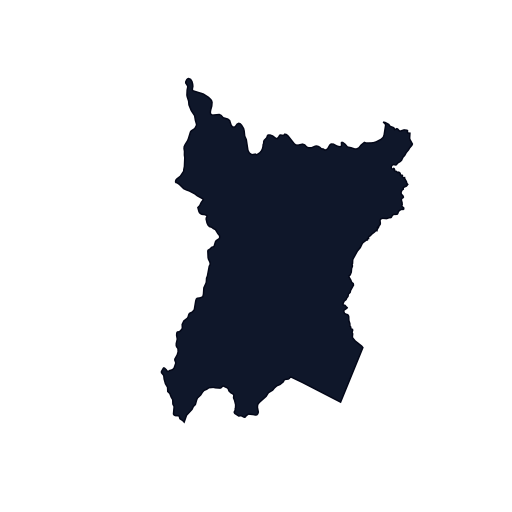 map outline of Roraima (Robinson projection), rotated 27°
{"feature_id": "BRA-670", "entity_name": "Roraima", "entity_type": "State", "adm_level": 1, "iso_a3": "BRA", "parent_name": "Brazil", "parent_adm1": "", "projection": "robinson", "projection_center": [-61.438, 1.924], "detail": "fine", "context": "isolated", "style": "filled", "palette": "ink", "viewbox_px": 512, "rotation_deg": 27, "n_neighbors": 0, "source": "natural_earth", "source_scale": "10m", "svg_char_len": 6137}
<svg xmlns="http://www.w3.org/2000/svg" viewBox="0 0 512 512"><g transform="rotate(27 256 256)"><path d="M333.5,75.4L334.2,75.6L334.6,76.8L335.3,77.5L337.4,76.7L339.4,81.3L340.1,82.2L344.5,85.2L344.6,86.7L343.8,90.0L343.7,92.1L342.9,95.6L342.8,98.9L342.1,101.3L342.2,104.7L341.5,106.5L340.1,108.7L339.6,111.0L338.7,111.7L337.3,111.8L336.0,113.3L335.9,114.3L336.1,115.3L336.6,116.1L338.0,116.7L338.7,116.5L339.0,115.4L339.5,115.5L340.3,116.2L340.6,117.1L341.1,117.3L342.7,116.9L344.5,117.4L344.9,116.6L346.0,116.5L346.9,116.9L347.8,118.2L349.8,117.7L350.0,117.9L349.9,118.5L350.3,119.0L352.0,119.3L352.8,118.7L353.4,119.6L356.2,121.4L357.4,122.8L358.7,123.3L358.3,125.4L356.7,127.4L356.2,128.4L356.9,129.6L356.2,130.9L356.2,132.9L356.8,134.3L357.6,135.0L359.6,135.7L360.6,136.6L360.5,137.4L359.9,138.3L359.8,139.5L360.3,140.4L361.9,142.1L363.0,144.0L363.0,145.4L365.8,146.1L366.3,147.1L365.9,147.8L364.6,148.3L363.7,149.3L362.7,151.6L363.0,153.8L362.9,154.5L361.9,155.3L360.0,156.3L359.4,157.0L359.0,158.4L359.0,160.0L358.7,160.6L357.2,161.5L355.4,163.4L351.5,165.0L350.3,166.5L350.3,168.0L351.9,170.3L352.3,171.7L351.3,174.9L352.1,174.6L351.9,177.2L352.3,178.6L351.2,179.0L350.7,180.8L349.3,183.7L348.6,186.1L347.7,187.4L347.7,188.1L348.4,189.3L347.5,189.8L348.0,191.1L347.0,191.9L345.2,195.6L345.0,196.9L345.1,201.2L344.1,205.6L343.8,214.4L343.9,215.5L345.4,218.8L345.2,219.9L346.0,220.4L346.6,221.5L346.8,223.6L348.2,227.1L348.5,230.1L347.9,231.5L348.4,232.5L351.2,234.3L353.3,236.1L355.1,236.4L356.1,237.7L355.9,243.6L356.4,245.8L355.6,247.8L356.3,250.3L355.9,252.1L356.0,254.0L355.0,256.2L355.1,258.3L355.3,259.4L355.7,260.0L357.8,259.6L359.6,260.4L360.7,260.6L360.7,261.2L358.9,264.6L359.0,265.0L360.1,266.3L361.0,267.0L362.5,267.0L364.2,266.7L365.2,267.0L366.2,268.0L367.5,270.4L368.3,271.6L370.2,273.5L371.6,275.9L372.7,276.3L373.4,277.7L373.9,277.8L375.3,277.6L375.9,278.4L376.2,280.4L377.5,281.5L378.5,284.1L379.1,285.0L383.0,286.7L391.0,288.3L392.8,289.1L397.7,347.8L354.8,347.6L342.6,347.9L341.5,348.5L341.2,350.0L340.6,351.0L338.2,352.6L337.4,353.5L337.4,355.8L335.7,359.6L333.7,361.9L333.2,362.9L332.3,365.2L331.7,368.0L329.1,372.2L328.7,376.5L325.4,385.0L325.0,387.2L325.1,388.0L325.9,390.1L328.9,394.0L329.2,395.7L328.8,397.2L327.6,398.0L325.9,398.4L321.0,400.3L319.8,402.7L319.5,404.4L318.8,405.0L315.2,405.0L313.3,406.4L308.6,405.9L307.7,405.3L307.4,404.6L307.5,402.8L306.8,401.6L306.6,400.4L305.4,397.8L302.5,394.4L300.4,392.6L299.4,390.0L298.2,389.4L295.7,389.3L293.2,388.5L291.6,387.0L290.5,386.5L285.7,386.7L285.4,387.0L284.7,389.2L284.0,390.0L279.8,391.8L277.6,392.4L273.8,394.8L272.6,397.1L270.7,399.4L270.1,401.6L269.8,404.9L268.3,409.1L268.4,411.0L269.4,415.9L268.5,418.5L268.6,421.7L266.4,429.4L267.4,436.6L265.5,435.9L262.1,435.5L260.6,433.9L259.8,433.4L256.7,434.8L255.4,434.9L254.5,434.5L254.1,434.0L251.4,427.3L249.2,425.7L247.0,421.8L244.5,420.2L241.6,417.6L238.9,416.8L236.8,413.1L233.3,410.9L230.0,407.3L228.3,404.7L227.6,404.1L224.8,402.9L224.2,401.8L224.4,398.1L224.7,397.5L225.6,397.5L227.6,398.1L228.9,398.8L229.9,398.9L230.3,398.7L231.0,397.3L232.5,396.0L233.5,394.6L233.9,392.9L233.2,388.1L232.6,387.1L231.0,385.7L230.5,384.7L230.7,379.8L230.1,376.7L228.5,373.9L226.5,372.9L225.6,372.0L224.7,370.2L223.6,365.8L221.2,362.6L220.4,360.6L220.4,359.6L220.8,359.1L221.7,358.6L222.4,357.7L223.2,354.8L223.0,353.5L221.3,350.5L221.2,346.6L223.1,342.6L223.2,341.3L222.7,338.5L222.8,337.3L224.7,334.8L225.4,331.9L222.7,323.4L222.4,321.5L222.8,320.4L225.3,318.6L227.1,316.5L226.5,313.9L224.0,308.0L223.8,302.8L223.5,301.6L222.0,298.2L221.8,295.9L219.0,286.4L219.0,284.3L218.6,283.5L217.5,282.2L215.1,280.4L214.0,279.1L210.8,273.4L210.7,272.6L212.0,270.4L212.5,268.5L214.3,266.7L213.4,261.5L213.6,260.3L215.3,257.3L215.4,256.7L215.0,255.4L214.1,254.3L212.0,253.4L207.9,250.9L205.6,250.9L203.4,250.5L201.2,250.9L199.2,250.2L197.3,248.7L194.8,245.7L194.4,244.4L194.5,243.2L194.2,242.7L193.6,242.3L191.8,242.3L189.2,243.3L188.1,243.5L186.1,243.1L184.8,242.1L182.2,239.2L183.0,236.7L182.9,233.1L183.4,230.3L183.3,229.6L182.3,229.2L176.3,229.0L173.3,228.4L167.1,228.3L164.1,228.7L161.0,228.8L155.3,227.0L152.5,226.6L151.4,226.9L150.7,226.5L150.3,225.5L150.2,224.3L150.6,223.0L152.4,219.3L153.1,213.3L152.4,211.7L151.6,208.8L147.9,200.7L146.4,198.6L144.7,195.1L143.2,193.1L142.4,191.2L142.3,188.9L142.7,184.3L142.5,182.1L141.3,175.2L141.5,173.9L143.2,171.0L143.6,170.1L143.7,167.1L143.3,165.7L140.4,162.6L137.6,158.8L132.3,155.8L127.7,151.8L125.6,148.5L122.4,145.3L121.4,144.0L119.3,139.4L118.4,136.2L117.7,135.4L114.8,133.7L114.3,132.5L114.3,130.2L114.7,129.2L115.3,128.5L117.5,128.3L119.7,129.6L121.5,131.6L122.7,133.5L123.4,135.9L124.0,137.0L124.9,137.4L135.6,135.6L141.6,136.2L144.8,137.2L146.0,137.9L147.1,139.1L148.5,142.5L149.3,146.4L150.0,148.6L151.2,150.2L153.2,150.3L159.0,146.6L161.1,146.6L163.9,147.7L168.7,146.8L171.0,147.3L174.3,150.6L176.4,151.7L178.4,151.0L179.0,149.2L179.3,147.1L180.4,145.6L182.0,145.4L183.9,146.1L187.1,148.1L188.7,150.0L191.5,154.3L194.5,156.7L200.8,165.5L203.0,167.1L204.0,167.4L206.0,167.6L206.8,167.3L209.2,165.5L210.4,165.6L210.9,165.2L212.6,162.2L213.1,160.0L213.1,157.8L212.6,155.5L211.8,153.5L211.7,152.1L211.0,150.7L210.8,149.3L211.9,145.8L211.6,143.6L211.9,142.7L213.7,141.8L216.4,141.5L220.3,142.2L221.6,141.8L222.2,139.7L222.3,137.7L222.8,137.1L225.3,136.3L226.0,135.7L226.3,134.4L228.0,134.0L230.1,134.5L239.2,138.7L241.1,139.0L243.1,138.2L246.7,135.2L248.9,134.9L251.7,135.9L253.7,135.7L256.4,134.3L258.9,131.3L260.0,130.5L261.8,130.1L263.6,130.2L265.5,130.8L267.5,130.1L269.0,130.4L269.7,130.1L270.6,129.1L271.2,127.8L271.4,123.6L272.1,122.1L274.2,121.2L277.9,121.3L280.2,120.9L281.4,120.4L282.1,119.6L282.0,118.5L280.7,116.4L281.0,115.7L281.9,115.5L284.7,116.0L288.0,117.4L291.5,116.4L295.5,115.8L297.1,114.9L298.6,112.9L299.3,109.4L301.0,105.6L302.7,105.4L307.3,103.0L309.5,101.5L311.3,99.7L314.5,95.2L315.5,92.5L315.2,90.0L312.1,80.6L311.1,79.6L308.5,78.9L310.6,78.4L314.5,78.5L316.6,79.6L320.0,79.2L321.0,79.4L322.0,80.4L322.3,80.4L323.7,78.6L324.7,78.6L326.8,79.4L327.8,79.3L330.7,76.4L333.5,75.4Z" fill="#0f172a" stroke="#020617" stroke-width="1.5"/></g></svg>